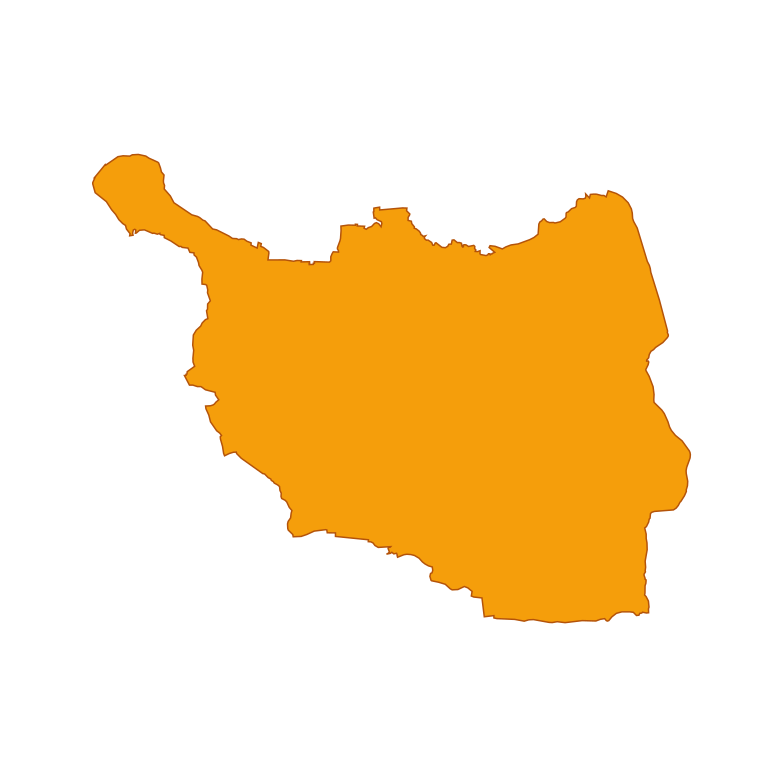 the district of Pietrari, Vâlcea, Romania, rotated 187°
{"feature_id": "2599482B46623809555558", "entity_name": "Pietrari", "entity_type": "district", "adm_level": 2, "iso_a3": "ROU", "parent_name": "Romania", "parent_adm1": "Vâlcea", "projection": "mercator", "projection_center": [24.113, 45.105], "detail": "fine", "context": "isolated", "style": "filled", "palette": "amber", "viewbox_px": 768, "rotation_deg": 187, "n_neighbors": 0, "source": "geoboundaries", "source_scale": "gbopen_adm2", "svg_char_len": 6138}
<svg xmlns="http://www.w3.org/2000/svg" viewBox="0 0 768 768"><g transform="rotate(187 384 384)"><path d="M687.4,567.9L696.6,553.4L696.1,553.4L697.6,548.5L697.5,547.2L694.0,538.7L681.8,531.2L675.6,523.8L671.0,519.6L667.2,514.8L662.9,511.4L659.9,509.9L658.5,506.4L654.4,502.3L654.5,500.1L651.2,501.1L651.9,503.0L651.6,506.3L650.2,507.2L649.1,506.6L649.1,503.4L648.2,503.7L645.4,506.8L640.6,507.8L632.0,505.3L630.7,505.7L627.2,505.1L624.9,506.2L624.8,505.5L624.0,505.0L620.3,504.7L619.9,502.5L613.0,500.0L604.1,495.5L602.2,495.8L601.0,495.0L595.1,495.0L592.7,491.0L588.6,491.0L588.2,488.9L585.6,487.1L582.9,481.9L582.0,479.0L578.6,474.7L577.6,472.8L577.5,465.9L576.8,461.0L573.3,461.0L572.0,460.4L570.4,455.9L570.3,453.0L566.5,445.4L568.8,441.9L568.3,436.7L569.1,435.1L566.8,427.4L569.1,426.1L571.9,422.4L573.0,419.1L576.9,414.5L579.2,409.4L578.6,399.3L577.0,394.2L576.8,386.3L576.2,382.5L574.1,378.5L580.8,372.3L580.8,369.9L581.7,369.5L581.5,368.5L583.1,368.1L577.0,359.2L573.6,359.6L568.9,358.7L565.3,359.1L560.5,356.5L550.6,355.2L549.9,352.5L546.1,348.2L548.7,345.4L549.9,343.4L551.4,342.2L553.7,341.2L558.4,340.4L557.7,337.7L554.1,331.8L551.6,325.3L544.4,317.2L541.0,315.2L539.0,313.1L540.1,311.7L539.6,309.4L536.7,302.5L534.7,295.5L533.5,293.3L529.0,296.2L525.2,297.9L522.3,298.4L521.8,297.0L516.5,292.8L493.4,280.3L491.6,280.2L487.6,277.0L484.8,275.9L484.1,274.6L481.9,273.6L480.9,272.3L477.3,270.9L475.2,269.5L474.3,265.7L472.7,263.1L472.5,259.8L471.6,257.9L467.9,256.5L466.1,255.0L463.0,250.0L460.0,247.2L460.4,244.6L460.4,239.7L462.4,235.9L462.7,233.4L461.9,228.8L461.2,227.3L456.2,223.5L455.5,221.3L447.7,222.6L442.3,225.2L435.3,229.5L424.2,232.3L423.0,232.2L422.2,229.4L414.0,230.3L413.6,226.8L380.5,227.5L380.4,225.6L377.7,225.7L375.5,224.9L373.3,222.6L369.8,221.1L357.5,223.4L357.9,222.8L359.8,222.3L359.9,221.2L358.2,217.9L359.1,216.6L360.8,215.4L357.0,216.7L355.7,217.9L353.6,216.6L350.9,217.5L349.9,215.7L350.1,215.3L349.4,213.7L343.4,217.0L340.6,217.8L336.5,218.0L332.8,217.5L328.0,215.4L324.2,212.1L321.4,210.4L317.7,208.9L313.8,208.3L312.9,205.0L313.3,202.5L314.7,201.6L315.0,198.7L313.4,194.9L312.8,194.5L305.6,193.9L298.8,192.7L293.3,188.8L291.3,188.0L285.6,189.0L279.6,192.8L276.0,191.9L271.3,188.9L271.5,184.2L268.9,183.5L260.7,183.6L256.1,165.2L246.7,167.5L246.4,165.2L243.4,164.9L225.6,166.3L215.9,165.7L211.5,167.6L206.9,168.4L191.1,167.5L188.0,167.7L183.1,169.2L175.2,169.2L158.5,173.3L144.8,174.6L140.6,176.8L136.4,178.0L134.6,176.3L133.5,175.9L132.1,176.5L129.4,180.7L125.4,184.7L120.2,186.8L112.1,187.8L108.7,187.8L105.2,185.0L102.8,185.6L102.2,187.5L100.2,188.1L99.6,189.0L95.6,188.7L93.5,189.2L94.1,193.0L93.8,194.9L95.1,200.8L98.0,205.0L99.6,206.3L99.5,208.3L100.3,215.6L99.8,218.0L99.9,220.7L100.1,221.6L101.2,222.2L101.2,223.0L102.6,225.9L102.7,227.0L101.6,229.4L102.0,230.3L102.0,234.1L103.2,240.0L102.6,251.6L103.6,258.3L104.9,262.5L105.5,267.0L107.7,272.9L106.2,274.4L104.5,279.2L104.3,282.2L103.6,283.2L103.7,287.9L102.6,289.3L100.0,290.5L81.4,294.3L78.9,296.4L77.1,299.3L75.8,302.8L75.1,303.5L72.2,309.6L70.8,314.2L71.1,315.7L70.4,320.0L70.7,324.5L73.1,332.0L73.6,334.8L73.4,338.2L71.2,347.9L71.3,351.2L71.9,353.2L72.8,354.8L81.2,363.9L88.5,368.5L93.1,372.9L95.3,376.1L97.6,381.2L102.2,388.8L105.1,392.0L113.7,398.6L114.3,401.1L114.7,406.5L116.6,414.1L121.8,424.0L125.7,429.4L125.9,430.3L124.2,435.3L123.9,438.1L124.6,439.0L126.1,438.7L126.2,439.8L124.5,442.3L124.3,445.7L123.0,449.0L120.6,451.0L118.9,453.4L112.3,459.1L108.4,464.6L107.7,466.3L107.8,467.4L109.1,469.7L109.0,471.1L120.9,500.9L132.8,527.4L133.8,531.1L135.1,534.1L137.6,537.8L151.7,569.7L156.0,575.7L157.4,578.6L158.4,583.9L159.8,587.9L163.7,593.6L170.0,598.6L176.6,601.4L185.0,603.1L186.3,596.8L188.7,597.9L191.0,597.6L196.1,598.3L199.1,598.0L202.3,597.3L202.7,593.7L207.0,597.2L206.5,594.9L206.9,592.9L208.9,592.0L213.0,591.7L214.5,590.3L215.1,588.4L214.8,583.9L215.6,582.6L219.2,580.9L222.2,577.2L223.7,576.4L224.0,575.7L223.7,571.9L224.3,570.7L228.8,566.5L234.0,564.6L235.4,565.0L239.4,564.4L242.3,565.1L245.1,567.4L246.2,567.1L247.5,565.1L249.0,563.9L249.8,561.6L249.3,551.5L253.0,547.7L257.0,545.0L267.9,539.4L274.9,537.5L279.8,534.9L283.0,532.5L290.5,534.2L295.6,534.2L296.3,532.3L290.1,528.2L292.5,526.8L292.8,526.1L293.8,526.1L294.4,525.2L295.2,526.1L296.2,526.0L296.7,524.9L298.3,523.9L304.0,524.3L304.6,525.0L304.9,528.0L307.3,526.8L309.6,526.7L309.2,528.3L310.6,529.5L310.6,531.6L311.8,532.5L316.9,530.8L319.6,532.1L321.5,532.0L322.2,531.5L321.9,529.9L322.5,529.5L323.4,530.3L324.3,533.2L326.4,533.6L328.5,533.3L332.1,535.6L333.9,535.1L334.2,531.1L336.7,530.6L337.5,528.5L339.6,526.8L343.2,526.7L349.5,530.5L350.3,530.2L351.2,527.8L352.5,527.7L354.0,530.3L357.8,532.2L359.5,531.9L361.6,533.3L361.8,534.7L360.9,536.1L363.1,535.2L363.8,536.0L365.8,536.9L366.0,538.0L367.6,539.9L370.9,541.9L373.0,542.3L373.0,543.7L376.0,546.6L376.7,548.9L380.0,549.3L380.4,552.2L379.2,554.9L379.1,555.9L382.7,558.7L382.7,561.4L387.1,561.0L409.5,556.2L409.9,559.0L414.0,557.8L415.5,557.3L415.1,553.8L415.6,553.4L414.0,547.4L412.8,547.9L410.8,546.2L406.4,544.8L405.7,543.1L406.1,539.7L408.8,542.4L411.2,543.2L413.0,542.2L415.5,538.8L418.6,537.3L420.5,535.4L422.8,536.2L422.5,538.2L429.8,537.6L429.8,539.2L431.9,539.1L431.8,538.1L438.8,537.4L446.0,535.5L445.3,530.9L444.9,523.2L445.1,521.0L446.8,513.8L446.7,512.4L445.5,510.9L445.2,509.4L450.5,509.0L451.4,507.0L452.3,503.8L451.8,499.8L453.0,498.3L468.1,497.0L467.8,495.4L468.8,495.3L468.7,494.1L472.8,493.4L473.0,494.6L472.5,494.7L472.8,496.3L481.1,495.1L481.0,496.4L485.4,496.0L488.7,494.8L497.4,495.1L514.3,493.0L514.2,499.9L514.6,501.5L520.2,504.8L523.1,505.6L522.9,508.4L526.0,509.2L526.5,503.5L532.9,505.6L533.1,507.9L537.5,509.0L540.5,510.7L543.2,510.6L546.1,509.6L548.0,510.3L552.1,510.0L556.0,512.0L568.9,516.6L573.0,517.0L581.5,524.1L583.8,524.6L587.2,526.7L589.6,527.6L595.4,528.5L614.6,538.3L619.0,544.6L625.9,550.8L626.0,554.3L627.3,556.7L627.7,558.7L627.8,564.6L630.7,567.3L632.3,571.4L634.6,575.9L635.6,576.6L644.8,579.5L648.2,581.2L655.8,581.9L661.8,580.8L664.1,579.2L670.8,578.7L675.8,577.2L686.9,567.3L687.4,567.9Z" fill="#f59e0b" stroke="#b45309" stroke-width="1.5"/></g></svg>